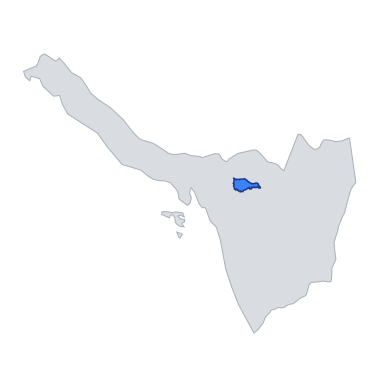 location of Dbarwa, Debub, Eritrea, rotated 178°
{"feature_id": "51966322B75785084399425", "entity_name": "Dbarwa", "entity_type": "district", "adm_level": 2, "iso_a3": "ERI", "parent_name": "Eritrea", "parent_adm1": "Debub", "projection": "mercator", "projection_center": [38.641, 15.102], "detail": "fine", "context": "in_parent", "style": "filled", "palette": "blue", "viewbox_px": 384, "rotation_deg": 178, "n_neighbors": 0, "source": "geoboundaries", "source_scale": "gbopen_adm2", "svg_char_len": 6196}
<svg xmlns="http://www.w3.org/2000/svg" viewBox="0 0 384 384"><g transform="rotate(178 192 192)"><path d="M32.7,240.3L31.1,225.8L30.1,216.0L29.0,205.7L27.9,195.9L32.6,189.9L34.8,184.2L40.3,165.7L42.5,162.0L46.9,152.1L47.5,149.2L51.8,136.6L51.4,128.3L50.5,119.8L52.9,114.8L55.0,110.8L54.9,107.4L55.8,99.5L56.5,97.6L59.1,97.4L64.4,98.5L68.3,97.7L72.7,97.7L76.2,97.4L78.3,95.0L81.1,85.8L82.9,84.0L84.3,83.4L88.3,81.7L91.7,79.0L94.4,77.1L95.5,76.7L98.4,76.4L101.3,75.3L102.7,74.0L106.3,73.0L110.0,73.6L112.4,72.4L114.0,71.7L115.8,71.6L117.5,70.6L118.2,68.9L119.3,67.9L122.1,65.5L123.4,63.7L124.0,62.0L124.6,60.6L125.8,58.2L130.7,52.3L135.0,48.9L149.8,78.7L155.8,96.2L161.1,114.5L165.1,141.9L168.8,155.8L174.9,162.6L179.0,175.6L182.5,176.1L185.1,179.6L189.5,191.8L192.7,196.3L194.3,192.4L194.2,190.2L192.9,186.4L194.0,181.6L196.5,178.7L202.1,182.7L205.2,185.6L206.0,191.6L207.3,194.9L213.2,201.9L218.2,204.0L224.6,204.5L230.0,206.0L234.3,208.6L242.4,215.7L260.9,221.9L275.8,241.0L284.5,254.2L313.3,274.1L318.3,283.7L320.9,293.0L326.9,292.6L337.3,302.8L340.3,310.6L348.8,313.4L350.3,308.8L354.4,312.6L356.1,318.4L350.6,320.7L344.6,322.8L343.8,322.7L341.8,325.4L338.9,332.8L335.8,334.9L334.2,335.1L324.8,328.2L323.4,327.8L321.3,329.2L319.9,330.6L315.5,325.4L312.3,320.8L307.9,315.3L303.6,312.8L298.9,309.7L294.4,302.5L289.8,294.5L282.9,288.0L270.0,278.6L258.2,266.6L249.2,254.2L243.4,247.7L240.9,246.0L228.9,241.9L220.5,236.2L214.1,231.5L210.1,230.2L206.2,230.1L198.1,231.0L191.2,228.1L188.4,228.1L183.8,227.2L180.2,226.1L176.0,227.4L167.4,229.5L163.9,229.1L161.9,226.1L160.8,223.9L157.8,221.5L155.3,221.5L153.9,223.6L144.9,228.9L129.8,231.8L126.3,231.6L123.6,229.5L116.0,220.4L113.8,218.9L112.1,218.8L108.5,217.7L105.2,216.0L102.3,212.3L99.4,210.1L96.3,217.4L90.8,230.2L87.9,237.0L84.1,245.8L82.9,246.0L80.9,245.4L73.4,234.5L68.7,230.4L65.1,230.7L62.6,232.8L60.9,236.4L59.2,238.7L57.3,239.6L53.1,239.1L46.8,237.4L40.3,237.8L33.6,240.3L32.7,240.3ZM210.1,167.2L212.1,170.0L213.6,169.7L214.7,168.8L215.5,166.9L223.2,170.7L222.8,173.2L218.1,173.3L212.8,172.2L207.9,172.6L202.0,171.5L200.6,167.2L204.4,169.3L206.3,168.8L206.7,168.2L204.0,165.4L200.3,164.8L200.5,162.5L202.2,161.6L203.2,160.5L201.1,157.4L205.3,158.1L207.9,160.0L209.7,162.2L210.1,167.2ZM206.9,147.5L208.6,152.5L203.8,150.6L203.0,149.6L205.1,147.6L205.6,146.4L206.9,147.5Z" fill="#d9dde1" stroke="#a8b0b8" stroke-width="1"/><path d="M138.6,203.2L139.1,203.5L139.2,203.4L139.3,203.2L140.3,203.2L140.7,203.2L141.1,203.1L141.4,203.2L141.7,203.1L142.4,203.2L142.6,203.2L142.9,203.0L143.1,202.9L143.4,203.0L143.5,203.0L143.6,202.9L144.0,202.8L144.3,202.9L144.4,203.0L144.6,202.9L144.7,203.0L144.9,203.0L145.0,202.9L145.4,202.9L145.6,203.1L146.0,203.1L146.3,202.9L146.5,203.0L146.6,202.9L146.8,202.8L147.1,203.1L147.3,203.1L147.5,203.0L147.8,203.1L147.9,203.3L148.1,203.2L148.3,203.3L148.3,203.1L148.5,203.2L148.5,203.3L148.7,203.5L148.9,203.6L149.1,203.7L149.1,203.9L149.2,204.1L149.4,204.2L149.7,204.2L149.8,204.2L149.7,204.0L149.7,203.9L149.7,203.7L149.6,203.4L149.5,203.0L149.4,202.7L149.4,202.4L149.7,201.9L149.7,201.7L149.8,201.5L149.9,200.7L150.0,200.4L149.9,200.2L149.9,199.9L150.1,199.6L149.9,199.6L149.9,199.3L149.8,199.2L150.0,199.0L149.8,198.9L149.7,198.8L149.6,198.7L149.7,198.3L149.7,198.2L149.9,198.1L149.9,197.8L150.0,197.8L150.0,197.7L149.9,197.5L149.9,197.4L149.9,197.2L150.2,196.6L150.2,196.4L150.1,196.2L150.0,195.9L150.0,195.7L149.8,195.5L149.8,195.2L149.7,195.1L149.6,194.8L149.6,194.7L149.4,194.2L149.4,193.9L149.3,193.7L149.4,193.4L149.1,193.4L148.9,193.2L148.7,193.1L148.3,193.4L148.2,193.4L148.2,193.2L147.9,193.2L147.9,192.9L147.8,193.0L147.5,193.1L147.4,193.1L147.3,192.7L147.2,192.6L147.0,192.4L146.9,192.4L146.7,192.7L146.6,192.4L146.3,192.1L146.0,191.9L145.7,192.0L145.7,191.9L145.8,191.7L145.2,191.4L145.0,191.2L144.8,191.2L144.2,191.2L143.8,191.1L143.7,191.2L143.6,190.9L143.6,190.7L143.5,190.8L143.4,190.9L143.2,190.7L142.6,190.8L142.4,190.7L142.2,190.8L141.6,190.9L141.3,190.8L141.2,190.8L141.1,190.7L140.9,191.0L140.6,191.4L140.4,191.8L140.2,191.9L139.4,192.1L138.9,192.2L138.6,192.3L138.1,192.5L137.7,192.7L137.5,192.8L136.8,193.2L136.5,193.6L136.4,193.7L136.4,193.8L136.2,193.9L135.9,194.0L135.9,193.9L135.7,194.0L135.5,193.9L135.4,194.0L135.3,193.9L135.3,194.1L135.2,194.2L134.7,194.2L134.6,194.3L134.5,194.2L134.5,194.3L134.4,194.4L134.3,194.2L134.2,194.2L133.9,193.9L133.7,193.8L133.6,193.6L133.6,193.4L133.5,193.5L133.4,193.4L133.2,193.2L132.9,193.1L132.7,193.1L132.7,193.3L132.5,193.5L132.3,193.7L132.2,193.9L131.9,193.9L131.9,194.0L132.0,194.1L131.9,194.2L131.9,194.3L131.8,194.2L131.7,194.2L131.6,194.3L131.5,194.5L131.4,194.5L131.2,194.7L130.8,194.5L130.7,194.5L130.7,194.4L130.3,194.4L130.1,194.5L129.9,194.8L129.8,194.7L129.6,194.7L129.4,194.6L129.2,194.5L129.0,194.4L129.0,194.2L128.7,194.2L128.6,194.3L128.5,194.5L128.3,194.4L128.0,194.5L127.9,194.4L127.7,194.4L127.5,194.5L127.4,194.4L127.3,194.5L127.1,194.5L126.7,194.4L126.1,194.4L125.9,194.4L125.8,194.2L125.6,194.2L125.5,193.9L125.4,193.8L125.1,193.8L125.0,193.7L124.7,193.6L124.4,194.0L124.2,193.9L123.8,193.9L123.6,193.8L123.6,194.1L123.9,194.4L124.0,194.4L124.0,194.5L124.2,194.9L124.1,195.1L124.3,195.2L124.4,195.3L124.6,195.3L124.7,195.5L124.8,195.6L124.8,195.8L124.8,196.2L125.0,196.2L125.1,196.3L125.3,196.3L125.2,196.5L125.3,196.6L125.5,196.7L125.6,196.9L125.6,197.7L125.6,197.8L125.8,197.9L126.0,198.1L126.0,198.3L126.3,198.4L126.5,198.4L126.7,198.6L126.8,198.6L127.0,198.7L127.3,198.7L127.6,198.6L127.8,198.6L128.0,198.5L128.4,198.5L128.5,198.6L128.7,198.4L128.8,198.3L129.2,198.3L129.5,198.2L129.8,198.1L130.0,198.2L130.3,198.2L130.7,198.3L130.8,198.2L131.0,198.2L131.4,198.1L131.5,198.1L131.9,198.2L132.0,198.2L132.4,198.3L132.6,198.6L132.7,198.8L132.8,198.8L133.0,198.9L133.5,199.0L133.8,199.1L133.9,199.4L134.0,199.5L134.3,199.5L134.5,199.7L134.7,199.8L134.8,199.8L134.9,200.0L135.0,199.9L135.1,200.0L135.3,200.1L135.4,200.5L135.5,200.5L135.8,200.6L136.0,200.7L135.9,200.8L136.0,200.9L136.0,201.0L136.4,201.3L136.6,201.4L136.6,201.6L136.7,201.8L136.9,202.0L137.1,202.0L137.3,202.2L137.4,202.3L137.6,202.6L137.8,202.6L138.0,202.5L138.3,202.6L138.4,202.8L138.6,203.2Z" fill="#3b82f6" stroke="#1e3a8a" stroke-width="1.5"/></g></svg>